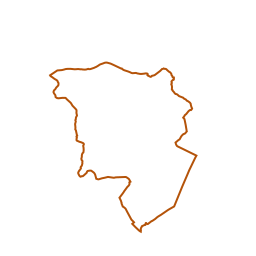 Nakhon Luang, Phra Nakhon Si Ayutthaya, Thailand (Mercator projection), rotated 321°
{"feature_id": "78962969B25127824305120", "entity_name": "Nakhon Luang", "entity_type": "district", "adm_level": 2, "iso_a3": "THA", "parent_name": "Thailand", "parent_adm1": "Phra Nakhon Si Ayutthaya", "projection": "mercator", "projection_center": [100.63, 14.474], "detail": "fine", "context": "isolated", "style": "outline", "palette": "amber", "viewbox_px": 256, "rotation_deg": 321, "n_neighbors": 0, "source": "geoboundaries", "source_scale": "gbopen_adm2", "svg_char_len": 5576}
<svg xmlns="http://www.w3.org/2000/svg" viewBox="0 0 256 256"><g transform="rotate(321 128 128)"><path d="M71.0,205.2L71.4,209.7L72.0,214.2L72.1,214.8L72.4,215.9L72.7,216.6L73.6,215.7L74.0,215.0L74.4,214.5L74.7,214.2L75.0,214.0L75.6,213.8L76.1,213.5L76.7,213.4L77.0,213.1L77.3,213.1L77.8,213.3L79.6,213.7L79.9,213.8L80.2,214.1L80.5,214.2L80.9,213.8L81.3,213.8L81.5,213.6L81.7,213.2L82.0,213.1L82.3,213.3L82.3,213.5L82.2,213.9L82.1,214.0L82.3,214.3L82.7,214.9L82.8,215.0L83.0,215.1L87.7,215.2L88.1,215.4L88.5,215.5L91.9,215.8L94.5,215.7L96.0,215.8L98.8,216.2L107.5,216.9L109.0,217.1L114.5,218.0L133.4,207.6L145.0,201.5L148.9,199.4L161.4,193.5L163.8,192.5L157.6,179.1L155.2,174.0L155.0,173.5L154.8,173.0L154.8,172.5L154.8,172.2L154.9,171.6L155.1,170.8L155.8,169.2L156.0,169.2L157.7,169.2L159.4,169.1L161.0,169.3L163.9,168.1L165.0,167.8L166.2,167.7L167.0,167.6L167.5,167.7L168.4,168.1L168.7,168.1L169.8,168.0L171.6,167.6L171.7,167.3L171.9,166.9L172.5,165.9L173.5,164.1L174.7,162.0L177.3,157.0L177.5,156.5L177.5,156.3L177.4,155.0L177.4,154.9L177.4,154.7L177.7,154.6L178.9,154.4L179.9,153.9L180.5,153.8L182.1,153.8L182.5,153.7L185.7,153.0L186.7,153.0L187.7,153.1L188.2,153.7L188.3,153.7L188.6,153.7L189.7,153.4L190.1,153.2L190.4,151.9L191.0,150.4L191.4,149.5L191.9,148.8L192.0,148.5L192.1,147.5L192.0,146.8L191.4,144.7L191.2,144.3L190.9,143.8L190.9,143.6L190.9,142.9L190.8,142.0L190.4,141.3L190.0,140.3L189.9,140.0L190.0,139.5L190.0,139.3L188.7,137.0L187.9,135.6L187.7,135.2L187.6,134.3L187.5,133.8L187.4,133.0L186.8,131.9L186.3,131.4L186.2,129.9L186.3,129.0L186.2,127.4L186.2,127.0L186.5,126.2L186.3,125.7L187.3,124.6L187.6,124.3L188.3,123.4L188.6,122.8L189.0,122.1L189.1,121.9L189.0,121.5L189.2,121.2L189.5,121.0L190.1,120.8L190.3,120.7L190.5,120.5L190.7,119.7L190.9,119.4L191.1,119.2L191.4,119.1L192.8,118.9L193.1,118.9L193.2,119.0L193.7,119.2L194.0,119.2L194.3,119.0L194.7,118.5L195.3,117.9L195.4,117.6L195.2,117.5L194.9,117.2L194.7,116.9L194.7,116.6L194.7,116.4L195.0,115.9L195.1,115.7L195.1,115.4L195.1,115.1L195.1,114.4L195.2,114.1L195.5,113.6L195.7,113.3L195.8,112.6L195.8,111.4L195.8,111.2L195.4,110.5L194.9,107.8L194.8,106.5L194.7,106.2L194.3,105.6L193.8,105.2L193.5,104.8L193.2,104.2L192.9,104.2L192.3,104.0L191.6,103.6L189.0,103.9L182.6,103.7L181.8,103.6L181.0,103.3L179.4,102.5L179.2,102.5L178.7,102.7L178.0,102.6L177.8,102.5L177.6,102.2L177.0,101.0L176.8,100.3L176.5,100.0L176.4,99.1L176.9,98.8L177.2,98.6L177.3,98.4L177.2,97.9L177.0,97.5L176.2,96.8L175.8,96.5L174.7,95.9L172.4,94.4L171.9,94.0L171.1,93.2L170.0,91.9L169.7,91.6L169.2,90.8L168.9,90.3L168.4,89.9L166.2,88.4L165.9,88.1L165.4,87.5L164.5,85.6L163.5,83.9L161.6,81.0L161.2,80.3L160.9,79.6L160.9,79.4L160.8,79.2L160.8,78.9L160.6,78.5L160.6,77.8L160.4,77.7L160.1,77.5L156.4,69.8L155.0,67.0L153.0,64.2L152.6,63.8L152.1,63.3L151.5,63.0L151.1,62.7L148.9,62.0L146.5,61.1L145.5,60.9L144.6,60.9L141.7,60.5L141.2,60.3L139.5,59.9L136.0,58.6L135.5,58.3L134.8,57.8L134.6,57.6L134.3,57.0L132.5,56.3L132.0,56.0L131.4,55.6L130.0,54.4L129.6,54.0L129.2,53.5L128.8,53.1L128.7,53.0L127.9,52.4L127.6,52.0L127.1,51.6L126.7,51.1L126.1,50.6L125.8,50.4L124.9,49.8L123.9,49.1L123.3,48.6L120.6,45.9L118.9,44.5L117.5,43.5L116.5,42.9L115.5,42.5L113.7,41.7L112.8,41.2L109.3,38.8L100.6,38.0L100.5,38.6L100.5,39.1L101.1,40.8L101.8,43.6L102.6,45.7L102.8,46.5L102.8,47.0L102.5,47.9L102.4,48.3L102.4,48.9L102.2,49.4L101.9,49.8L101.6,50.1L101.1,50.7L100.8,50.9L100.6,51.0L100.3,51.1L98.7,51.3L97.7,51.4L96.1,52.0L95.6,52.1L94.4,52.2L94.2,52.2L93.5,52.6L92.9,53.0L92.7,53.2L92.5,53.8L92.3,54.5L92.2,56.6L92.1,57.0L91.3,58.2L91.2,58.4L91.2,58.5L91.7,60.1L91.8,60.3L92.3,60.7L92.7,61.2L95.7,63.1L98.3,65.2L98.4,65.4L98.5,65.8L98.5,66.7L98.6,67.6L99.3,72.2L99.3,72.9L98.9,75.7L99.0,76.8L99.3,80.2L99.3,80.8L99.3,81.3L99.2,81.6L99.0,82.0L98.0,83.2L97.4,83.8L96.2,86.2L96.0,86.3L95.8,86.4L94.5,86.9L94.2,87.1L93.8,87.4L92.9,88.4L92.1,88.7L92.0,88.8L91.6,89.9L91.5,90.1L89.7,91.4L89.4,91.6L87.5,94.5L86.1,96.0L86.1,96.6L86.0,97.0L85.9,97.3L84.2,100.6L84.0,101.0L83.8,101.7L83.7,102.0L82.7,102.1L82.5,102.4L82.3,103.2L81.6,103.6L81.4,104.0L80.5,104.8L80.4,105.0L80.3,105.3L80.3,105.6L80.4,105.9L80.7,106.4L81.6,108.2L82.2,109.0L82.6,109.6L83.5,111.3L83.6,111.6L83.7,112.0L83.6,112.6L83.3,113.0L82.9,113.2L82.4,113.4L82.0,113.6L81.7,114.1L81.2,115.1L80.3,116.4L79.7,117.2L78.2,118.7L78.1,118.8L77.9,118.9L76.8,119.0L76.3,119.2L75.7,119.6L74.9,120.2L74.2,121.1L73.4,121.8L72.3,122.6L71.8,123.8L71.8,124.0L71.9,124.7L71.8,125.0L71.6,125.3L71.4,125.5L70.9,125.9L70.2,126.9L68.4,128.2L68.0,128.3L67.0,128.5L66.6,128.7L66.4,128.8L66.3,129.0L66.1,129.6L65.9,129.8L64.5,130.2L63.4,130.4L62.1,130.9L61.3,131.3L61.0,131.6L60.8,131.9L60.6,132.5L60.3,133.9L60.2,134.6L60.2,135.0L60.3,135.6L60.4,135.9L60.6,136.1L61.2,136.2L61.4,136.2L62.6,137.0L62.9,137.0L64.2,137.0L67.6,136.8L67.9,136.7L68.4,136.3L68.9,136.1L69.3,136.0L69.5,136.0L70.5,136.5L71.2,136.9L71.8,137.3L72.3,137.8L72.6,138.1L72.7,138.5L73.3,140.9L73.4,141.6L73.3,142.8L73.1,143.6L71.4,147.5L72.1,148.5L72.4,149.0L72.9,149.4L73.1,149.5L76.1,150.7L78.8,152.1L81.6,153.4L81.8,153.6L85.6,157.7L85.9,157.9L87.5,158.7L95.5,164.7L95.9,165.7L96.2,166.5L96.6,168.4L96.5,168.9L96.1,171.3L94.8,171.1L94.4,171.8L94.0,172.4L93.7,172.7L93.3,172.9L92.9,173.0L92.3,173.2L90.3,173.4L88.5,173.9L85.0,174.8L84.3,175.1L81.7,175.8L77.5,176.8L76.7,180.1L76.5,180.7L76.1,181.5L76.0,181.9L76.0,182.0L75.6,182.5L75.4,182.8L75.2,183.6L74.5,185.7L74.6,185.8L75.0,187.2L75.3,188.8L75.3,189.3L74.6,192.7L73.8,197.0L73.0,201.2L73.0,201.6L73.3,204.5L73.3,205.1L71.0,205.2Z" fill="none" stroke="#b45309" stroke-width="2"/></g></svg>